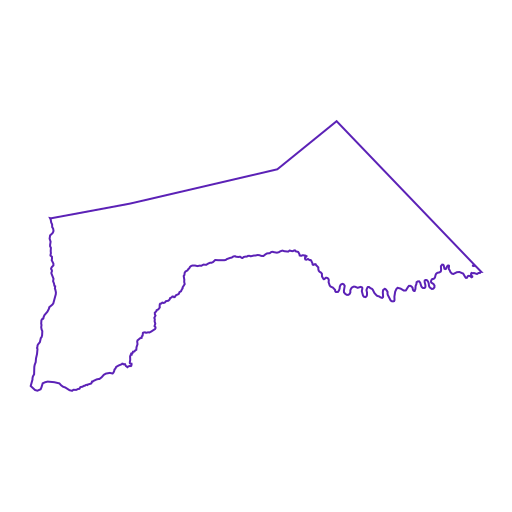 Fortul, Arauca, Colombia
{"feature_id": "7082276B84202288192164", "entity_name": "Fortul", "entity_type": "district", "adm_level": 2, "iso_a3": "COL", "parent_name": "Colombia", "parent_adm1": "Arauca", "projection": "robinson", "projection_center": [-71.844, 6.696], "detail": "fine", "context": "isolated", "style": "outline", "palette": "violet", "viewbox_px": 512, "rotation_deg": 0, "n_neighbors": 0, "source": "geoboundaries", "source_scale": "gbopen_adm2", "svg_char_len": 6003}
<svg xmlns="http://www.w3.org/2000/svg" viewBox="0 0 512 512"><path d="M30.7,386.0L35.0,390.0L37.4,390.7L40.6,389.3L41.4,387.5L42.7,383.3L45.2,382.2L47.7,381.6L54.3,382.2L59.4,383.4L61.0,385.2L63.0,386.7L65.3,387.5L69.5,390.2L72.1,390.8L73.4,389.8L76.2,389.9L78.0,389.0L79.4,388.8L80.4,387.1L82.6,386.7L83.2,386.2L84.2,385.7L84.7,385.8L85.9,385.0L87.3,384.7L87.5,384.9L87.9,384.5L91.0,383.6L91.3,383.4L92.0,381.6L92.6,381.7L93.1,381.1L96.7,379.4L98.6,379.0L99.4,379.0L101.6,377.3L103.8,374.8L105.9,373.6L109.8,372.9L112.6,373.5L113.5,372.5L114.3,370.7L114.5,369.5L115.4,368.6L116.2,366.9L118.6,365.5L121.8,364.2L122.2,363.7L122.8,363.7L123.8,364.4L124.9,364.1L125.9,366.0L126.8,366.6L127.4,367.2L128.4,366.4L129.7,366.0L130.9,366.1L131.3,365.7L131.6,364.3L131.5,363.7L130.4,363.6L129.9,363.2L129.8,362.2L130.2,360.0L130.1,356.5L130.5,355.2L131.6,354.7L131.1,353.8L131.3,353.4L132.5,353.2L133.0,351.7L134.4,351.5L135.1,350.5L136.3,349.8L136.5,347.2L137.5,344.2L137.2,341.5L137.5,340.4L140.3,338.1L141.6,337.9L141.8,336.3L142.6,335.7L142.9,332.9L143.3,332.6L145.0,332.3L146.0,332.8L148.2,332.3L149.4,332.5L151.3,331.5L155.1,329.0L155.5,328.1L155.5,327.2L154.5,326.1L155.3,323.7L154.6,321.3L154.8,319.2L154.3,317.9L155.5,315.6L154.9,314.5L154.8,312.7L156.3,311.3L156.6,310.2L158.3,309.4L159.6,307.7L159.8,307.2L159.6,306.3L159.8,304.2L160.3,303.6L161.2,303.6L162.3,302.6L163.6,303.0L165.0,302.4L165.9,301.2L168.4,300.7L169.7,299.4L170.0,298.2L171.6,297.4L172.4,296.5L173.4,296.6L174.0,297.2L174.7,297.1L175.9,295.3L178.5,294.1L178.9,293.7L179.5,292.1L181.0,291.3L181.8,289.5L182.6,288.4L182.6,287.4L184.7,284.1L184.2,282.0L184.3,279.7L183.7,276.0L184.4,275.0L184.7,272.7L185.5,271.5L187.5,270.4L188.2,269.2L189.2,268.4L190.0,266.9L191.1,266.0L192.5,265.5L194.9,265.5L197.4,266.1L199.9,265.6L201.2,265.8L203.5,264.6L206.2,264.8L208.3,263.5L210.2,262.7L211.3,262.8L213.0,262.1L215.2,260.0L218.2,260.2L224.4,260.2L225.8,259.9L226.8,259.1L230.1,257.9L231.7,257.6L233.3,256.5L234.3,256.3L235.1,256.2L235.9,256.7L238.4,257.0L240.0,256.7L241.8,257.9L242.5,258.0L243.7,257.0L245.4,256.6L246.8,256.6L248.0,255.9L249.8,255.9L250.7,256.3L254.0,255.5L255.5,255.5L257.7,255.0L259.4,255.2L261.3,255.9L263.4,256.0L265.5,254.3L267.1,253.4L269.7,253.2L271.3,252.0L272.8,251.8L273.5,252.1L276.9,252.7L278.9,252.2L280.3,251.3L282.4,250.6L284.3,251.2L288.2,251.6L289.7,250.5L291.2,251.0L292.8,251.2L294.2,250.4L294.9,250.4L295.2,250.5L295.6,251.3L298.1,251.9L298.5,252.4L299.5,254.4L299.7,255.5L301.2,255.8L302.8,255.2L305.5,255.6L306.5,256.2L306.1,256.8L305.1,257.3L305.0,258.7L305.4,259.5L306.4,259.7L308.0,259.0L309.6,260.1L310.5,260.0L311.1,260.4L312.6,263.7L312.6,264.5L313.1,264.9L313.6,264.9L315.0,264.1L315.7,264.3L315.9,264.9L318.3,267.4L318.3,269.1L318.7,270.7L319.6,271.8L320.9,272.5L321.9,273.7L322.0,276.5L323.4,278.9L323.7,279.2L324.4,279.1L325.7,277.8L326.3,277.7L327.6,278.1L328.2,278.7L328.6,279.3L328.8,280.3L328.6,282.2L329.7,285.5L330.5,286.5L332.9,287.6L335.1,289.9L335.2,291.1L335.7,291.9L336.7,292.0L338.0,291.9L339.0,290.4L339.6,288.6L339.8,286.7L340.4,285.2L341.3,284.3L342.3,283.9L342.8,283.9L343.8,284.4L344.7,285.9L343.9,290.7L344.0,292.4L345.5,294.1L347.0,294.9L348.5,294.8L349.8,293.7L350.4,292.2L350.3,290.8L350.6,289.5L351.7,287.7L352.7,287.1L353.8,286.6L355.0,286.7L357.7,287.8L360.5,286.9L361.9,287.3L362.3,287.9L362.3,288.8L361.8,291.1L363.0,295.6L364.0,296.8L365.6,297.1L366.7,296.0L367.0,294.9L367.0,292.5L366.5,290.3L366.6,289.5L367.5,287.4L367.9,287.0L369.0,287.0L370.5,288.2L371.9,288.8L372.7,289.6L374.4,293.0L376.1,294.9L377.2,295.9L379.1,296.4L380.4,297.3L382.1,297.9L382.9,297.3L383.1,296.6L382.8,292.3L383.1,290.1L384.7,288.8L385.3,289.0L386.1,289.7L387.1,291.1L387.6,292.0L387.5,293.3L387.7,294.7L390.6,300.4L391.6,301.2L393.0,301.4L394.1,301.1L394.5,300.1L394.4,296.5L395.2,291.6L396.4,289.0L397.6,287.8L400.6,288.6L403.7,290.5L405.4,290.5L405.9,290.4L408.0,287.0L408.9,285.9L410.6,285.9L411.7,286.7L412.5,287.6L412.9,289.6L413.3,290.4L414.1,291.0L414.6,291.0L415.4,289.0L415.6,286.0L416.4,284.0L416.6,282.2L417.8,281.4L419.1,281.3L420.2,282.7L421.2,286.0L421.8,287.1L422.9,288.0L424.5,288.0L425.1,287.5L425.4,286.8L425.4,285.2L424.6,281.9L424.7,280.5L425.5,280.0L426.3,280.0L427.2,280.4L428.2,281.9L428.7,283.3L429.0,285.9L429.7,287.4L431.9,289.0L433.3,288.7L434.4,287.4L434.5,285.6L433.5,284.0L431.3,282.6L431.0,281.9L431.1,280.8L431.8,279.4L432.4,279.0L433.6,278.9L434.6,278.0L435.0,277.3L435.6,274.9L436.2,273.7L437.4,272.8L439.4,272.4L440.8,271.5L441.1,270.0L440.9,266.2L442.2,264.6L443.3,264.8L443.7,265.4L444.4,268.7L445.2,269.1L445.8,269.0L447.1,266.4L447.8,265.6L448.7,265.5L449.0,265.8L449.0,266.6L448.7,268.4L448.9,269.2L449.6,270.1L450.4,272.0L451.9,273.6L453.3,274.0L456.9,272.2L459.4,272.0L463.2,273.6L465.1,276.9L465.9,277.9L466.8,277.9L467.9,276.1L468.8,275.8L470.1,276.1L471.5,277.3L472.0,277.1L472.3,276.8L472.3,276.3L471.3,275.6L471.0,274.1L471.2,273.4L471.6,272.9L473.0,273.3L473.9,273.0L477.0,274.0L478.5,273.0L480.0,272.9L480.6,271.9L481.3,271.9L474.7,265.1L474.5,265.8L474.1,265.6L473.4,266.0L472.9,265.8L472.9,265.6L474.4,264.8L336.6,121.2L277.3,169.3L130.0,203.6L51.0,218.3L50.0,218.1L50.7,219.5L51.2,222.5L52.1,224.4L52.2,227.2L53.1,228.5L53.5,230.9L53.2,231.9L52.5,233.2L50.1,235.4L49.6,238.7L50.6,241.7L50.1,244.9L50.1,246.3L50.9,247.8L50.7,251.1L50.9,253.2L50.5,254.9L50.5,255.6L51.9,256.7L52.0,258.8L51.7,260.2L53.4,263.6L53.4,265.4L51.7,267.2L51.1,268.5L51.1,269.0L51.9,270.3L51.9,271.4L51.4,272.6L51.4,273.4L53.5,278.8L53.1,281.2L54.0,283.5L54.4,285.8L55.2,286.3L54.9,288.7L55.3,289.5L55.9,292.3L55.8,294.2L53.3,303.4L52.4,304.6L49.2,307.3L49.1,308.4L47.4,311.7L44.4,315.2L43.6,317.1L43.4,318.4L43.1,318.8L42.4,318.8L41.4,320.3L41.2,323.8L41.5,325.0L41.2,327.2L41.6,329.5L42.3,331.1L42.1,335.3L41.6,337.1L40.8,338.1L39.9,342.1L37.9,344.6L37.5,345.6L37.4,347.0L37.0,348.0L37.5,349.0L37.0,354.1L36.0,358.4L35.7,362.1L34.7,364.8L34.3,366.9L34.1,374.3L32.9,376.4L32.5,378.2L32.5,379.5L30.7,386.0Z" fill="none" stroke="#5b21b6" stroke-width="2"/></svg>